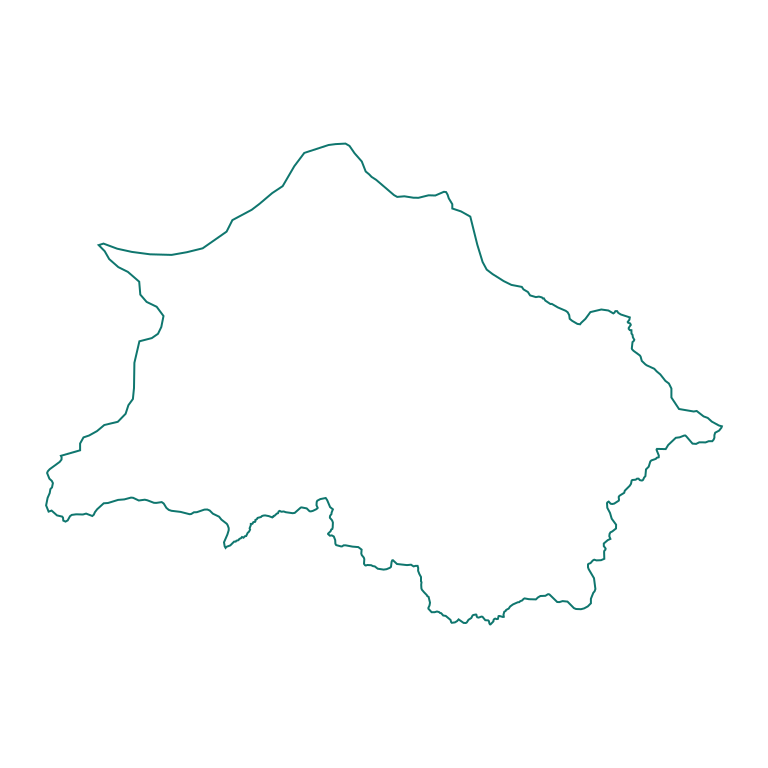 outline of Kuan, Houaphan, Laos
{"feature_id": "54806243B93999085545465", "entity_name": "Kuan", "entity_type": "district", "adm_level": 2, "iso_a3": "LAO", "parent_name": "Laos", "parent_adm1": "Houaphan", "projection": "robinson", "projection_center": [104.43, 19.795], "detail": "fine", "context": "isolated", "style": "outline", "palette": "teal", "viewbox_px": 768, "rotation_deg": 0, "n_neighbors": 0, "source": "geoboundaries", "source_scale": "gbopen_adm2", "svg_char_len": 6089}
<svg xmlns="http://www.w3.org/2000/svg" viewBox="0 0 768 768"><path d="M721.9,426.3L718.9,425.5L711.8,421.6L707.7,417.9L703.6,416.4L696.7,411.0L693.7,411.5L679.0,409.0L671.4,397.5L671.4,388.5L668.9,383.5L665.4,380.9L660.3,374.4L656.7,371.4L654.3,368.8L646.7,365.3L645.3,364.3L641.8,360.9L640.6,356.6L639.9,355.5L633.5,350.8L632.1,349.3L631.8,348.5L632.5,342.1L633.7,341.0L634.3,339.8L632.9,337.3L632.5,334.8L631.5,333.6L631.4,330.2L629.8,330.1L628.7,328.8L628.8,327.7L630.8,324.9L630.2,323.5L628.0,322.6L627.7,322.0L629.4,319.7L629.8,317.4L620.9,314.5L618.3,312.9L617.1,311.1L615.4,311.1L614.4,312.7L613.3,313.4L608.4,310.5L601.3,309.5L590.4,312.1L585.4,318.9L581.1,322.9L580.1,324.3L577.4,323.9L572.1,320.8L569.7,318.8L569.2,315.1L567.7,312.3L565.7,310.8L557.8,307.4L551.8,303.9L550.4,304.0L545.3,300.6L543.8,298.3L542.9,298.5L541.9,297.4L538.9,296.6L535.9,297.1L530.1,295.4L527.9,292.0L523.5,289.4L521.8,286.9L511.4,284.9L503.7,281.1L492.6,274.1L486.7,269.6L482.6,262.0L477.3,244.7L470.3,216.6L461.0,211.4L452.3,208.5L452.3,204.2L448.8,198.4L447.6,194.7L446.1,192.1L443.9,191.8L435.3,195.5L428.6,195.3L418.5,197.8L413.3,197.7L404.4,196.3L397.2,196.9L394.0,195.1L376.1,179.8L371.6,176.9L369.1,174.3L365.7,171.5L361.8,161.5L354.6,153.3L349.5,145.9L345.5,143.6L335.7,144.1L328.6,145.0L304.3,152.9L294.3,166.2L282.7,186.1L272.2,193.1L259.3,204.0L251.7,209.8L232.4,220.1L226.6,231.6L202.7,248.3L186.9,252.2L171.6,254.9L150.0,254.3L131.8,251.9L117.2,248.7L103.5,243.6L98.7,245.1L104.7,251.2L109.2,259.1L118.3,267.1L127.9,271.9L139.2,281.7L140.3,294.6L146.6,301.9L156.7,306.8L163.5,316.0L161.3,327.0L158.0,333.8L151.8,338.1L139.4,341.3L134.4,362.8L134.0,388.0L132.9,399.0L128.4,405.2L125.6,413.8L117.8,421.8L104.3,425.0L97.0,431.1L89.1,435.5L83.5,437.4L80.1,443.5L80.1,450.3L60.9,455.8L61.6,457.3L61.5,459.6L59.7,461.9L49.7,469.2L47.8,471.3L47.1,473.0L49.4,478.7L51.8,480.9L52.9,483.1L52.0,487.4L50.4,489.1L49.7,493.1L47.6,497.9L46.1,505.4L48.6,511.6L51.6,510.6L57.0,515.4L62.2,516.6L63.0,517.7L63.3,520.6L65.5,521.6L67.7,520.4L70.0,516.2L71.8,514.9L76.2,514.3L82.9,514.5L86.1,513.6L92.3,516.0L93.8,514.7L94.9,512.2L97.1,509.3L103.7,503.3L108.0,503.0L118.1,499.9L124.3,499.4L131.0,497.6L133.1,497.8L138.8,500.5L144.8,499.7L147.4,500.3L153.9,502.8L156.3,502.9L161.7,502.1L163.7,503.5L166.4,507.9L168.8,509.9L171.5,510.8L180.6,511.9L189.6,514.2L191.2,514.0L193.9,512.3L196.8,512.2L204.4,509.6L207.3,509.5L209.7,510.5L212.9,513.7L219.1,516.7L221.4,519.6L226.8,523.8L227.7,525.3L228.7,528.1L228.7,530.2L227.4,534.5L224.0,542.3L224.7,546.4L225.6,547.9L226.5,546.8L230.3,545.4L234.1,541.6L235.7,541.6L236.4,540.7L238.4,540.2L239.4,538.9L241.0,538.2L242.0,537.0L243.5,537.7L244.8,536.3L246.2,536.0L247.7,532.8L249.0,531.7L250.1,529.6L249.6,528.3L250.8,525.2L250.8,523.9L252.4,523.8L253.4,522.1L255.0,521.9L255.4,521.3L255.3,520.1L256.9,519.1L257.6,517.9L261.0,517.0L261.7,516.2L263.2,515.6L265.1,515.4L268.8,516.1L272.2,517.4L272.6,516.8L273.3,516.8L273.7,515.9L274.5,515.8L276.8,513.6L278.0,513.2L278.7,511.4L279.7,510.9L281.3,511.7L283.8,511.5L285.7,512.2L292.7,513.2L294.7,512.9L300.7,507.6L301.6,507.4L306.7,508.4L309.5,511.2L310.8,511.4L312.8,510.9L316.5,509.1L317.7,507.9L316.5,505.2L316.7,502.0L317.3,500.7L320.3,499.1L325.7,498.0L327.2,500.2L330.1,507.1L332.9,509.3L331.6,512.6L331.4,514.2L330.2,515.6L329.9,516.9L329.9,517.8L332.1,520.4L332.9,522.5L332.7,527.4L332.3,529.0L331.3,529.5L330.6,531.2L328.1,533.6L328.1,534.1L329.9,535.7L331.8,535.4L333.8,536.5L335.2,540.1L335.4,543.8L336.2,545.1L341.0,546.4L342.0,546.4L343.7,545.3L345.5,545.3L352.4,546.6L358.3,547.1L361.6,549.6L361.3,553.6L361.8,555.1L363.8,557.6L364.3,559.1L364.0,563.8L365.0,565.2L365.8,565.5L367.4,565.0L371.1,565.2L372.9,566.1L374.8,566.4L377.7,568.7L383.6,569.6L386.5,569.2L389.9,567.8L391.0,566.8L391.6,561.9L392.2,560.4L392.9,560.2L397.0,564.0L407.0,565.1L411.0,564.7L413.6,566.4L415.4,565.9L417.6,565.9L418.2,568.0L418.1,570.8L419.4,574.1L421.0,577.0L421.0,581.3L421.5,582.2L421.2,584.8L421.4,588.4L421.9,589.7L424.1,592.3L426.9,595.2L427.2,596.0L428.6,596.9L430.0,602.7L429.5,605.5L428.4,607.8L428.4,608.7L431.6,612.2L434.6,612.2L437.0,611.5L439.1,612.1L440.1,613.0L441.2,613.2L443.2,615.5L445.7,615.9L450.5,619.9L451.2,622.2L451.8,622.8L454.9,622.4L457.1,621.1L458.6,619.4L463.6,622.9L465.8,623.0L466.8,622.4L468.5,619.8L471.3,618.0L472.5,615.6L473.3,615.0L476.0,614.5L476.5,615.0L476.7,616.4L477.3,617.3L478.6,617.6L481.4,616.6L482.5,616.8L485.3,620.2L488.2,620.4L488.9,621.1L489.4,623.4L489.9,624.3L490.5,624.4L493.4,621.4L493.5,620.1L494.3,619.0L495.2,618.6L496.7,619.1L497.9,618.9L498.6,616.1L499.6,616.0L503.0,617.0L503.8,616.8L503.5,614.6L504.3,611.7L505.6,611.0L506.2,609.9L508.7,608.6L510.1,606.5L513.0,604.4L517.7,602.3L519.3,602.1L520.2,601.2L522.1,600.5L523.6,598.9L524.6,598.4L529.0,599.2L535.9,599.4L538.0,597.4L540.4,596.0L545.4,595.8L547.8,594.3L548.8,594.2L549.6,594.6L557.2,602.0L559.4,602.1L562.6,601.1L567.5,601.6L573.9,608.1L576.0,609.0L581.0,609.2L584.1,608.4L587.8,606.4L590.9,603.3L590.9,598.8L593.3,592.8L594.6,591.3L595.4,589.0L594.0,578.2L588.7,569.2L588.0,567.3L588.0,564.5L588.4,563.9L590.5,563.1L592.8,560.5L594.2,559.7L596.5,560.4L601.0,560.2L604.3,558.8L604.1,551.8L604.4,550.7L605.4,549.7L605.6,548.5L603.8,546.1L603.8,543.5L607.8,540.1L610.4,538.9L609.3,536.2L609.6,533.8L610.5,532.3L612.2,531.5L616.0,528.5L616.1,524.7L611.7,518.7L610.0,512.9L607.3,507.8L607.0,503.1L607.6,502.2L608.7,501.6L610.6,503.7L612.2,504.0L614.2,503.6L618.7,500.7L619.0,499.9L618.7,497.0L619.5,495.7L624.2,492.8L624.8,490.7L629.7,485.8L631.0,483.8L631.6,480.7L632.3,480.0L635.7,479.7L637.0,478.7L638.6,478.7L639.8,480.1L641.4,480.5L642.4,480.4L643.1,479.8L644.1,477.6L645.4,476.1L646.0,469.4L648.7,466.7L650.3,461.5L651.4,460.4L655.8,458.9L656.7,457.8L658.7,457.3L658.8,455.5L656.6,450.0L656.6,449.4L657.0,448.9L665.7,449.1L668.2,445.0L675.8,437.8L679.7,437.3L684.3,435.5L685.4,435.5L686.5,436.6L692.5,443.6L696.1,443.9L699.3,442.3L705.6,442.4L708.7,441.2L712.3,441.2L713.7,439.5L714.4,437.7L714.4,435.1L715.2,432.7L719.1,430.6L721.4,427.7L721.9,426.3Z" fill="none" stroke="#0f766e" stroke-width="2"/></svg>